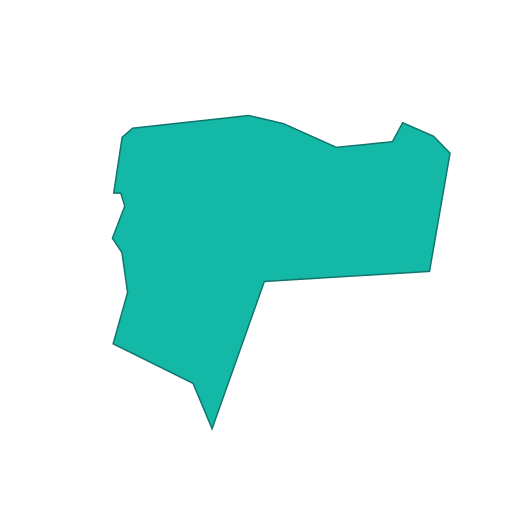 the district of Mayom, Unity, South Sudan, rotated 291°
{"feature_id": "79223893B58930219701541", "entity_name": "Mayom", "entity_type": "district", "adm_level": 2, "iso_a3": "SSD", "parent_name": "South Sudan", "parent_adm1": "Unity", "projection": "robinson", "projection_center": [29.225, 9.075], "detail": "fine", "context": "isolated", "style": "filled", "palette": "teal", "viewbox_px": 512, "rotation_deg": 291, "n_neighbors": 0, "source": "geoboundaries", "source_scale": "gbopen_adm2", "svg_char_len": 432}
<svg xmlns="http://www.w3.org/2000/svg" viewBox="0 0 512 512"><g transform="rotate(291 256 256)"><path d="M433.0,345.2L411.6,342.4L386.2,292.0L389.4,234.1L384.5,198.7L331.1,95.0L318.8,88.5L263.8,100.6L266.2,107.2L255.6,115.6L221.1,115.6L211.2,129.6L175.9,149.2L122.8,154.1L114.5,242.9L79.0,276.9L235.2,272.9L261.8,331.2L303.8,423.5L421.5,400.3L431.4,378.8L433.0,345.2Z" fill="#14b8a6" stroke="#0f766e" stroke-width="1.5"/></g></svg>